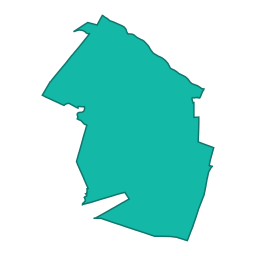 the district of Galbinasi, Buzau, Romania
{"feature_id": "2599482B63916266325360", "entity_name": "Galbinasi", "entity_type": "district", "adm_level": 2, "iso_a3": "ROU", "parent_name": "Romania", "parent_adm1": "Buzau", "projection": "equal_earth", "projection_center": [26.944, 45.056], "detail": "fine", "context": "isolated", "style": "filled", "palette": "teal", "viewbox_px": 256, "rotation_deg": 0, "n_neighbors": 0, "source": "geoboundaries", "source_scale": "gbopen_adm2", "svg_char_len": 4783}
<svg xmlns="http://www.w3.org/2000/svg" viewBox="0 0 256 256"><path d="M203.9,195.5L203.9,195.4L204.0,195.1L204.1,194.7L204.3,193.5L204.4,193.2L204.6,192.2L204.8,191.1L204.9,190.8L205.0,190.4L205.1,189.8L205.1,189.6L205.1,189.4L205.2,189.2L205.2,188.8L205.4,188.2L205.9,185.8L206.1,184.1L206.2,183.9L206.5,182.1L206.6,181.8L206.9,179.7L207.2,178.4L207.5,177.3L207.7,176.3L208.0,175.0L208.0,174.7L208.3,173.6L208.6,172.0L211.2,167.4L211.7,166.9L212.3,166.5L212.3,166.3L209.2,165.6L209.7,162.9L210.5,159.3L213.7,147.7L213.4,147.6L210.0,146.3L207.2,145.3L203.9,144.1L198.2,141.9L198.5,133.6L198.7,126.9L198.8,122.2L198.8,117.1L197.8,117.2L193.9,117.3L193.9,102.7L193.1,103.0L192.0,99.2L192.0,98.3L192.6,97.7L193.3,97.7L194.0,97.9L194.6,97.9L195.5,97.6L196.1,97.7L197.3,97.3L197.7,97.7L198.0,97.9L198.7,97.8L199.6,98.0L200.2,97.2L201.0,95.3L201.5,94.0L202.0,92.8L202.2,92.2L202.7,91.3L203.1,90.7L203.5,90.1L203.9,89.3L204.0,89.0L201.8,88.6L199.8,87.2L197.6,85.8L193.4,84.2L192.3,83.9L190.4,82.4L188.1,79.3L187.3,78.5L185.6,77.0L183.9,76.0L178.8,73.5L176.7,71.7L173.9,69.9L171.7,69.0L170.3,68.1L169.7,67.0L168.0,63.6L166.4,61.6L164.7,59.9L162.3,58.1L160.9,57.3L158.3,56.2L154.6,54.0L152.8,52.7L150.3,49.3L148.7,46.3L146.6,43.9L143.9,41.1L142.6,40.2L141.0,39.6L138.6,38.3L137.0,37.5L134.1,35.1L132.7,34.3L131.4,34.1L128.7,33.9L127.7,33.7L126.8,32.0L126.2,29.9L125.8,29.0L124.2,27.1L122.2,25.9L119.8,24.8L115.9,23.1L113.2,21.9L110.0,20.8L108.7,19.8L107.3,18.5L104.8,17.2L103.5,16.0L102.3,15.4L97.1,25.0L87.7,22.5L73.5,31.7L74.9,31.2L75.3,31.1L75.8,30.9L76.2,30.8L78.2,30.2L79.6,30.0L80.3,30.1L80.8,30.2L81.5,30.3L82.2,30.4L83.0,30.6L83.4,30.7L83.6,30.8L83.9,31.0L84.1,31.2L84.2,31.3L84.8,31.6L85.2,31.8L85.4,31.9L85.6,32.1L85.9,32.6L86.1,32.9L86.3,33.0L86.7,33.2L87.1,33.4L87.4,33.5L87.7,33.5L88.1,33.6L88.3,33.7L88.6,33.8L88.8,33.7L89.3,33.5L89.7,33.4L90.0,33.1L87.3,36.7L86.2,38.1L84.9,39.6L83.6,41.3L83.3,41.7L82.8,42.3L82.5,42.7L79.3,46.7L77.8,48.5L76.9,49.6L76.4,50.2L74.7,52.1L73.4,53.8L72.0,55.4L71.7,55.6L69.6,58.3L68.5,59.7L67.4,61.1L66.4,62.4L65.1,64.0L62.8,66.7L58.3,72.1L56.1,74.8L55.8,75.1L52.4,79.3L50.7,81.5L50.1,81.9L49.0,83.8L48.0,85.5L42.3,95.2L44.5,96.3L45.7,97.0L47.3,97.7L49.7,98.8L50.4,99.1L50.6,99.2L53.2,100.4L54.6,101.1L56.2,101.8L57.4,102.3L60.0,103.6L64.0,105.4L65.3,104.4L65.9,104.0L67.5,103.5L67.9,103.4L68.2,103.4L68.6,103.3L69.2,103.5L69.5,103.6L70.6,104.2L76.8,107.6L77.0,107.6L78.0,108.1L78.3,106.4L83.0,106.8L84.4,106.7L84.6,107.9L84.5,109.2L84.2,110.4L83.9,111.0L83.5,111.4L82.8,111.8L81.9,112.3L79.6,112.4L79.0,112.5L78.7,112.6L77.8,113.1L77.5,113.5L77.4,113.7L77.2,114.1L77.2,114.6L77.4,115.7L77.8,116.8L78.0,117.2L77.2,118.8L78.0,119.3L79.2,119.9L80.7,120.4L82.1,121.7L83.2,123.0L83.8,123.7L85.3,124.6L86.7,124.9L86.8,125.1L86.6,126.1L85.5,129.7L85.1,131.4L84.3,133.7L84.3,133.9L83.3,137.3L82.1,141.7L81.3,144.7L80.9,145.9L80.2,148.6L79.4,151.4L78.7,153.6L77.9,156.5L77.8,157.1L77.7,157.5L77.5,157.8L77.4,158.4L77.3,158.6L76.5,161.5L77.4,163.8L77.5,164.2L79.0,167.6L79.5,168.7L79.9,169.7L80.3,170.5L80.6,171.3L80.8,171.6L81.0,172.0L81.3,172.8L81.6,173.4L81.9,174.1L82.6,175.7L82.7,175.8L82.9,176.3L83.4,177.5L83.6,178.0L84.5,180.2L84.6,180.5L84.8,180.8L85.6,182.6L86.4,184.6L86.5,184.7L88.2,188.5L86.9,188.8L87.0,189.2L87.1,190.9L87.0,191.8L86.9,192.2L86.8,192.5L87.0,192.8L86.9,193.6L85.7,193.8L86.7,195.3L86.7,195.8L86.1,196.4L84.9,196.8L84.4,197.3L84.6,197.4L84.6,197.7L84.6,198.3L84.7,198.6L85.1,199.2L85.3,199.9L85.2,200.6L84.9,201.5L84.6,201.6L84.7,201.8L84.0,202.7L83.3,203.0L82.9,203.2L82.6,203.6L82.5,204.1L82.5,204.7L83.3,204.3L90.9,202.4L94.7,201.2L97.6,200.3L101.4,199.1L104.2,198.3L106.0,197.8L107.9,197.2L109.7,196.7L112.0,196.0L115.4,194.9L116.8,194.5L121.4,193.2L124.9,192.4L126.0,194.1L126.1,194.3L127.0,195.6L129.2,199.0L124.4,201.7L124.0,202.0L121.7,203.2L119.7,204.4L117.2,205.8L116.2,206.4L115.2,207.0L112.5,208.5L110.5,209.6L109.4,210.3L107.2,211.5L105.2,212.7L104.3,213.2L103.2,213.8L101.4,214.8L100.1,215.5L98.3,216.5L95.8,217.9L94.2,218.2L94.2,218.3L95.0,218.3L97.1,218.3L98.7,218.4L101.2,218.4L101.3,218.4L101.5,218.5L101.8,218.6L102.1,218.7L102.4,218.8L103.0,219.0L103.6,219.2L104.0,219.4L104.7,219.6L105.3,219.8L106.5,220.2L107.9,220.7L109.5,221.2L110.7,221.7L112.1,222.1L113.2,222.5L114.4,222.9L115.3,223.2L116.5,223.6L118.5,224.2L122.1,225.4L127.0,227.1L130.4,228.2L135.7,230.0L140.5,231.5L153.3,235.8L154.8,236.3L155.1,236.2L163.1,236.3L171.0,236.5L171.3,236.6L174.7,237.0L176.9,237.3L178.6,237.9L181.3,238.7L182.7,239.1L183.8,239.5L186.2,240.3L187.3,240.6L187.9,239.1L190.8,231.5L193.0,226.1L192.9,225.9L193.0,225.7L194.4,221.7L195.4,219.0L195.8,217.7L196.2,216.5L196.2,216.4L197.8,211.5L198.5,209.2L199.8,205.8L202.1,199.9L203.2,197.0L203.7,195.9L203.9,195.5Z" fill="#14b8a6" stroke="#0f766e" stroke-width="1.5"/></svg>